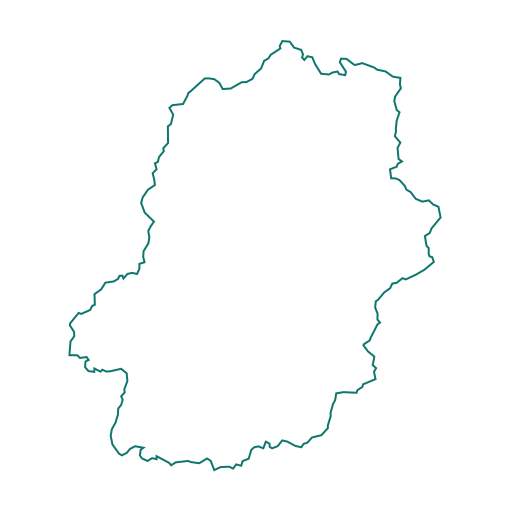 Adjuntas, Puerto Rico, rotated 273°
{"feature_id": "32010507B57249745430969", "entity_name": "Adjuntas", "entity_type": "district", "adm_level": 2, "iso_a3": "PRI", "parent_name": "Puerto Rico", "parent_adm1": "", "projection": "orthographic", "projection_center": [-66.756, 18.181], "detail": "fine", "context": "isolated", "style": "outline", "palette": "teal", "viewbox_px": 512, "rotation_deg": 273, "n_neighbors": 0, "source": "geoboundaries", "source_scale": "gbopen_adm2", "svg_char_len": 3127}
<svg xmlns="http://www.w3.org/2000/svg" viewBox="0 0 512 512"><g transform="rotate(273 256 256)"><path d="M90.0,126.4L89.2,126.1L82.4,124.5L75.4,121.1L68.9,120.3L60.3,122.5L51.4,129.6L49.9,132.5L52.7,137.3L56.7,140.2L59.7,145.3L58.6,153.6L56.5,151.0L50.7,150.5L47.9,152.8L45.6,158.4L48.7,162.8L47.9,167.3L50.9,167.2L44.9,180.0L42.6,182.2L45.7,186.6L47.8,198.9L46.8,201.7L46.1,210.2L51.2,217.7L49.1,221.5L40.0,225.5L43.3,231.5L44.2,240.1L42.5,244.3L46.8,247.1L45.8,252.2L50.5,253.4L53.2,259.3L62.0,261.4L64.8,264.1L66.0,268.2L64.4,273.4L71.1,275.5L69.4,279.2L66.0,279.8L64.8,282.1L67.2,287.5L73.2,291.9L72.3,297.0L68.4,305.2L67.4,311.2L71.0,313.5L72.2,317.0L77.7,321.4L80.5,330.7L87.9,336.8L90.6,336.6L100.1,339.0L103.0,338.6L112.0,340.6L116.3,342.6L123.0,343.3L124.6,350.3L124.7,363.5L127.3,364.3L130.8,369.0L133.5,369.7L139.3,381.8L146.5,379.9L150.3,381.8L153.2,378.2L159.8,379.3L161.9,379.3L166.5,372.9L172.2,368.1L173.3,368.1L177.5,373.8L181.3,375.2L194.1,380.9L196.0,383.3L198.9,380.6L204.9,380.4L210.7,377.7L211.0,377.7L217.0,378.0L218.8,380.3L226.3,385.9L230.8,391.6L235.7,393.6L236.4,397.6L241.5,403.5L240.5,406.9L245.8,416.8L251.1,424.9L259.4,433.9L264.1,432.0L264.7,429.4L267.2,428.3L272.9,428.1L275.0,425.8L284.7,423.6L288.1,428.3L292.8,429.9L304.1,438.3L314.7,435.6L316.8,430.1L320.6,425.7L319.0,419.4L321.4,412.6L328.0,407.0L330.1,402.7L333.7,401.0L339.4,395.2L340.8,391.3L340.7,386.9L349.6,385.3L352.5,391.8L355.5,392.8L358.1,396.8L360.3,393.3L371.4,391.7L376.8,394.2L382.9,388.4L388.0,389.3L389.6,389.0L398.5,389.4L407.0,391.8L409.2,388.9L417.9,386.0L422.4,386.5L431.1,391.9L435.0,390.7L441.4,390.9L442.3,383.2L447.1,375.7L448.4,367.2L450.4,364.2L454.2,351.8L453.2,349.2L451.9,344.4L457.6,336.0L457.5,330.6L453.9,329.6L444.7,336.2L441.3,335.6L442.0,329.5L444.5,327.8L443.2,322.7L441.1,319.4L441.4,311.5L450.9,304.9L457.4,301.8L458.2,296.9L454.3,294.0L456.7,291.6L459.8,292.4L464.2,290.3L466.1,283.1L471.8,278.5L472.0,271.0L466.8,268.7L464.6,269.5L457.6,260.0L454.1,258.2L451.3,253.9L443.6,251.3L437.4,245.0L432.8,243.3L429.2,237.4L428.8,232.7L421.9,221.9L421.0,214.0L427.0,210.3L430.4,205.1L430.9,200.0L430.8,197.1L430.4,195.3L417.1,182.1L415.2,179.9L412.3,179.1L404.0,175.2L402.2,164.5L399.3,161.8L392.9,165.9L383.4,164.2L380.8,161.2L364.3,162.3L358.8,157.8L355.8,158.4L349.6,153.9L344.8,153.1L344.2,151.9L343.3,150.2L337.4,152.2L333.3,148.5L326.5,150.5L321.6,151.3L316.6,144.7L308.7,139.8L303.0,138.5L293.5,142.6L285.0,152.3L280.4,149.4L275.4,147.1L269.0,148.5L263.1,147.9L255.0,143.5L249.3,143.4L243.9,145.0L242.1,140.0L236.9,140.2L231.8,138.1L232.7,133.2L231.3,128.5L226.5,124.8L229.4,123.6L229.0,120.7L225.9,119.4L223.2,115.4L221.5,107.0L214.5,103.1L209.5,96.7L198.9,97.6L197.5,94.9L193.4,93.2L189.0,84.4L189.9,81.9L179.0,73.9L177.0,73.7L170.7,78.3L166.5,78.7L160.8,75.2L147.2,74.9L147.5,82.9L145.0,85.5L146.2,92.1L143.4,94.3L141.7,91.3L136.1,91.1L132.3,94.7L131.8,100.5L135.2,100.5L132.4,106.8L134.4,108.4L132.8,112.5L133.3,116.7L136.3,127.2L132.1,133.0L124.4,134.1L116.0,131.5L112.9,132.0L108.8,128.7L105.5,130.4L100.3,129.2L96.5,126.4L90.0,126.4Z" fill="none" stroke="#0f766e" stroke-width="2"/></g></svg>